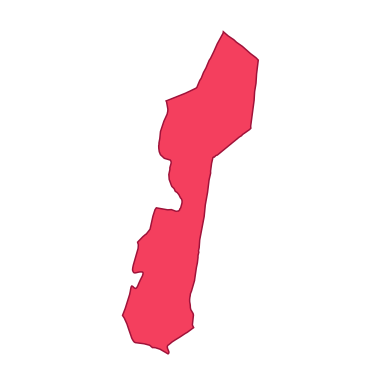 San Carlos Sija, Totonicapán, Guatemala (Equal Earth projection), rotated 12°
{"feature_id": "79465075B11845713959586", "entity_name": "San Carlos Sija", "entity_type": "district", "adm_level": 2, "iso_a3": "GTM", "parent_name": "Guatemala", "parent_adm1": "Totonicapán", "projection": "equal_earth", "projection_center": [-91.578, 15.079], "detail": "fine", "context": "isolated", "style": "filled", "palette": "rose", "viewbox_px": 384, "rotation_deg": 12, "n_neighbors": 0, "source": "geoboundaries", "source_scale": "gbopen_adm2", "svg_char_len": 2534}
<svg xmlns="http://www.w3.org/2000/svg" viewBox="0 0 384 384"><g transform="rotate(12 192 192)"><path d="M171.2,190.8L173.8,192.4L175.5,194.8L177.6,195.6L179.7,197.3L182.0,200.2L183.0,200.8L184.1,202.6L184.5,204.9L184.2,209.9L183.6,211.2L183.6,212.1L182.7,213.4L180.4,214.2L175.5,213.5L171.9,214.5L160.4,214.9L159.5,217.0L158.8,223.8L158.7,237.1L155.9,242.9L155.5,243.0L153.2,246.0L149.2,252.4L150.5,254.8L151.0,258.4L149.8,275.6L149.8,277.9L149.9,279.5L150.0,280.3L150.2,281.0L150.6,281.6L151.1,282.3L151.8,282.9L152.4,283.1L153.2,282.9L153.7,282.8L154.9,282.2L156.6,281.4L158.0,280.9L159.0,280.7L160.0,280.6L160.6,280.8L161.0,281.5L161.1,282.4L161.0,283.9L160.9,284.6L160.6,285.6L159.9,288.2L159.1,291.7L158.7,293.7L158.5,295.0L158.2,295.9L157.9,296.9L157.4,297.6L157.0,298.0L156.0,298.0L155.3,297.7L154.6,297.3L153.9,296.8L153.1,296.5L152.6,296.5L152.3,297.2L152.2,297.8L152.2,298.7L152.2,300.0L152.3,301.9L152.3,305.2L150.9,319.8L149.7,327.2L151.9,329.3L155.8,334.6L158.8,339.7L162.3,345.5L162.9,346.6L163.7,347.8L165.4,349.7L166.6,350.7L167.8,351.1L176.8,350.4L182.5,350.7L185.6,352.4L188.4,351.9L193.4,352.4L202.2,355.3L202.7,354.7L202.8,353.9L202.6,353.1L201.9,352.0L200.7,350.3L200.3,349.4L200.0,348.6L200.0,347.9L200.1,347.4L200.5,346.7L201.1,346.1L203.8,342.7L206.6,339.9L210.4,336.3L214.4,332.2L215.7,331.0L216.6,330.2L221.8,324.3L220.7,322.9L220.0,321.9L219.0,312.1L218.3,310.6L215.2,307.2L214.4,305.3L214.0,303.7L213.5,302.2L212.8,300.5L212.5,299.7L212.0,297.5L211.8,295.4L211.8,294.0L211.7,292.8L211.6,291.9L212.1,289.0L212.9,278.0L212.8,277.3L212.0,264.9L212.0,260.3L211.5,254.9L211.1,253.0L211.2,249.4L210.6,248.3L210.6,245.0L209.5,237.2L209.0,213.5L207.7,201.9L207.3,189.2L206.2,176.6L206.3,169.7L205.8,167.6L205.2,159.8L205.3,154.1L205.7,153.4L206.6,153.2L207.7,151.4L209.1,150.6L215.5,142.6L227.0,128.2L228.8,126.6L229.4,125.3L235.3,119.0L236.3,117.4L235.7,115.4L233.7,89.5L232.4,80.9L232.0,72.4L230.6,63.0L229.4,49.2L226.7,47.4L220.3,44.4L211.0,39.1L204.4,36.3L201.5,34.5L194.9,31.8L189.3,28.7L189.4,30.2L185.9,41.8L184.2,49.9L182.4,57.2L181.4,59.7L179.9,67.7L178.4,72.7L177.4,78.7L176.4,81.3L175.0,88.7L174.2,89.7L165.1,96.7L147.7,108.3L148.5,109.4L150.0,113.1L151.2,116.1L151.5,118.0L151.5,121.0L149.8,128.6L148.6,139.4L149.4,146.5L149.5,151.2L149.8,151.6L149.8,153.7L150.5,156.4L151.6,159.4L153.4,162.1L157.9,164.8L164.2,165.3L164.6,165.8L165.2,166.6L165.6,167.9L165.3,172.7L165.7,174.6L165.7,179.7L167.1,184.5L168.7,187.0L170.1,189.3L171.2,190.8Z" fill="#f43f5e" stroke="#9f1239" stroke-width="1.5"/></g></svg>